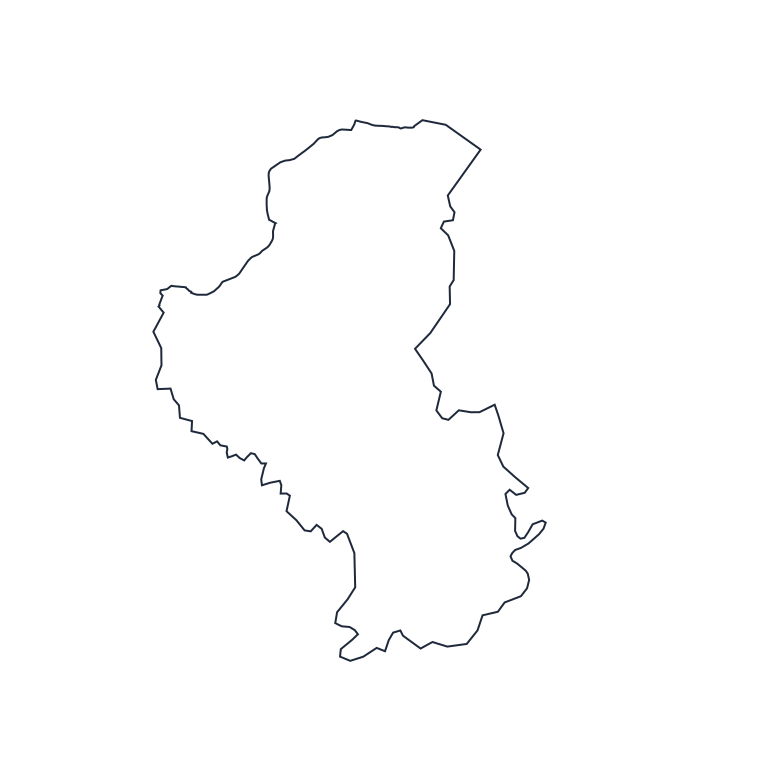 the district of Santa Clara de Olimar, Treinta y Tres, Uruguay, rotated 36°
{"feature_id": "84410073B4771641932521", "entity_name": "Santa Clara de Olimar", "entity_type": "district", "adm_level": 2, "iso_a3": "URY", "parent_name": "Uruguay", "parent_adm1": "Treinta y Tres", "projection": "equal_earth", "projection_center": [-54.951, -33.024], "detail": "fine", "context": "isolated", "style": "outline", "palette": "slate", "viewbox_px": 768, "rotation_deg": 36, "n_neighbors": 0, "source": "geoboundaries", "source_scale": "gbopen_adm2", "svg_char_len": 4245}
<svg xmlns="http://www.w3.org/2000/svg" viewBox="0 0 768 768"><g transform="rotate(36 384 384)"><path d="M209.3,335.1L209.4,336.3L209.6,338.1L209.6,339.0L209.6,339.9L209.3,342.0L208.8,343.4L207.7,346.4L207.2,347.6L207.1,348.3L207.0,349.1L206.8,350.9L206.7,351.4L206.5,352.0L206.3,352.6L206.0,353.2L203.2,357.8L202.7,358.7L202.4,359.6L202.2,360.3L202.1,361.0L201.6,364.2L201.7,369.6L202.0,379.9L201.9,380.4L201.8,380.9L201.1,383.6L201.0,384.0L200.8,384.6L200.5,385.1L199.2,387.1L197.1,390.4L193.9,395.3L193.6,395.8L193.4,396.2L193.3,396.7L193.3,397.4L193.3,398.4L193.4,399.5L193.4,400.5L193.4,401.1L193.4,401.7L193.3,402.5L193.2,403.2L192.8,404.8L192.5,406.3L192.0,408.7L191.9,409.0L191.7,409.4L190.4,412.0L188.7,415.1L188.4,415.6L188.2,415.8L187.9,416.1L184.8,418.4L180.5,421.5L178.9,422.2L177.1,422.8L174.5,423.5L174.5,423.0L174.4,422.9L174.2,422.8L173.6,422.7L173.2,422.8L172.8,422.9L172.3,423.1L171.6,423.1L171.1,423.1L170.1,422.8L169.5,422.7L169.1,422.7L168.5,422.8L167.9,422.7L167.1,422.5L167.0,422.3L166.4,422.5L165.3,423.1L163.8,424.0L162.7,424.7L161.5,425.4L160.1,426.2L158.7,427.1L157.0,428.1L155.0,429.2L154.2,429.6L153.2,433.1L152.9,434.4L152.0,435.5L150.3,437.3L148.2,439.5L148.8,440.6L149.6,441.9L151.4,442.3L153.0,442.6L154.1,446.7L155.5,451.8L156.2,452.3L156.0,453.8L163.8,455.8L166.7,477.3L182.7,485.9L193.0,499.7L197.0,514.8L203.9,521.2L214.0,513.2L222.8,519.9L230.7,521.8L238.8,531.3L250.5,526.8L256.0,535.3L267.2,530.5L280.3,533.2L282.7,528.5L287.6,529.8L293.6,527.0L295.5,528.7L296.9,531.7L300.9,535.3L303.2,532.1L305.8,528.1L310.9,528.7L315.8,528.0L316.1,523.8L317.0,518.2L320.7,516.7L325.5,518.5L331.5,520.4L335.2,517.7L336.4,522.8L340.7,533.3L344.8,537.7L350.0,530.7L356.6,523.6L360.4,526.2L364.8,533.4L369.6,529.8L373.5,529.7L379.9,544.2L393.2,545.7L405.8,549.1L411.3,546.3L412.3,537.6L418.7,537.8L426.4,543.0L433.0,543.5L435.3,534.8L437.4,527.1L442.1,526.9L459.4,538.2L480.2,565.4L481.1,579.7L480.2,596.2L485.1,606.1L492.2,604.9L499.0,600.8L505.0,600.3L510.0,601.8L508.6,609.6L504.9,623.9L508.7,630.4L519.4,627.8L527.5,616.8L533.2,601.8L541.9,599.6L538.4,588.4L537.5,579.8L542.1,573.8L547.4,576.5L569.1,576.5L574.8,564.3L589.6,559.2L603.7,545.7L604.5,528.4L599.7,513.2L610.0,501.3L610.0,489.8L619.5,475.2L619.8,465.2L616.6,457.2L611.7,452.9L608.2,451.7L597.2,451.0L591.8,451.5L587.6,449.0L587.1,445.2L587.7,441.1L591.1,436.2L594.6,428.2L596.0,422.1L597.7,414.4L598.1,407.3L596.3,401.1L592.3,401.5L588.5,407.4L586.7,410.1L587.7,418.7L588.0,426.0L585.3,428.9L581.4,428.7L576.4,425.8L569.1,415.3L563.9,414.4L555.6,409.6L546.9,401.6L547.8,395.7L556.1,396.0L561.8,389.3L561.8,383.4L544.8,382.3L529.1,380.7L517.8,374.6L509.7,353.6L495.2,342.4L485.7,335.7L477.8,350.7L471.0,355.7L460.0,361.3L457.2,375.1L451.2,377.5L441.9,374.6L434.5,356.8L425.4,356.0L416.3,347.5L402.0,342.1L388.4,337.3L391.5,315.5L390.5,280.6L379.8,266.5L379.3,259.0L362.6,235.0L348.5,226.0L338.4,224.6L337.0,217.4L343.5,211.0L340.1,203.6L333.2,201.4L324.8,194.0L324.4,137.6L281.6,138.0L260.0,148.0L256.9,157.5L256.9,157.9L257.1,158.3L257.1,158.6L257.0,158.9L256.7,159.4L255.9,160.2L255.3,160.7L253.7,161.8L252.6,162.6L251.2,163.3L250.9,163.5L250.2,164.0L249.6,164.5L248.9,165.4L248.1,166.5L247.5,167.3L247.0,167.6L246.1,167.7L245.3,167.7L244.6,168.0L243.5,168.7L241.8,169.9L240.3,170.7L239.5,171.0L239.0,171.5L238.6,171.9L238.1,172.0L237.4,172.2L236.6,172.7L234.1,174.3L231.0,176.1L227.7,178.4L226.9,178.9L226.4,179.2L225.8,179.6L225.5,179.9L224.9,180.1L224.1,180.6L222.5,181.2L221.4,181.6L219.9,182.0L219.1,182.2L218.2,182.4L217.0,182.8L211.8,185.2L206.4,187.3L206.2,187.8L207.4,191.5L208.1,197.0L208.2,197.8L200.4,202.8L198.7,204.6L197.4,207.2L196.0,212.9L193.7,216.7L191.9,218.5L188.7,221.2L187.5,222.7L186.7,224.6L185.9,231.1L183.1,241.4L180.5,249.5L179.1,254.5L176.1,258.3L172.7,261.4L169.9,265.4L168.1,270.4L166.0,276.3L166.1,278.6L166.5,280.5L167.7,282.6L169.4,284.7L173.5,289.3L176.4,292.8L177.9,295.4L179.0,300.4L179.8,302.5L181.1,304.4L183.8,308.1L187.4,312.5L190.7,315.5L194.6,318.7L195.8,318.4L197.9,318.2L201.7,317.6L201.6,317.8L201.6,318.0L201.7,318.3L201.7,318.5L204.1,324.9L204.6,326.0L205.6,327.2L207.1,329.2L207.9,330.4L208.5,331.4L208.8,332.3L209.0,333.2L209.2,334.1L209.3,335.1Z" fill="none" stroke="#1e293b" stroke-width="2"/></g></svg>